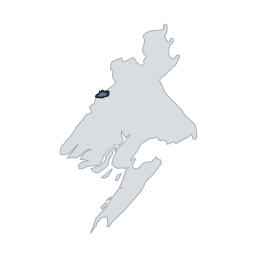 Meherpur, Khulna, Bangladesh shown in context, rotated 47°
{"feature_id": "16705992B11914188004823", "entity_name": "Meherpur", "entity_type": "district", "adm_level": 2, "iso_a3": "BGD", "parent_name": "Bangladesh", "parent_adm1": "Khulna", "projection": "equal_earth", "projection_center": [88.762, 23.788], "detail": "medium", "context": "in_parent", "style": "filled", "palette": "slate", "viewbox_px": 256, "rotation_deg": 47, "n_neighbors": 0, "source": "geoboundaries", "source_scale": "gbopen_adm2", "svg_char_len": 5056}
<svg xmlns="http://www.w3.org/2000/svg" viewBox="0 0 256 256"><g transform="rotate(47 128 128)"><path d="M95.0,181.9L95.0,175.6L91.7,163.4L91.8,162.0L91.1,156.1L90.3,152.8L89.9,149.3L91.9,144.3L91.1,143.5L86.7,142.0L86.1,140.7L87.1,135.8L83.9,131.1L82.6,127.6L86.0,116.4L86.9,108.6L86.6,107.1L84.6,105.4L80.9,104.7L78.3,103.2L76.8,101.0L75.5,100.1L73.9,100.8L71.9,99.9L70.2,97.7L68.8,95.1L69.4,92.2L72.1,85.3L73.1,85.1L75.4,86.4L76.2,86.4L77.7,83.7L79.9,76.0L87.2,76.7L89.0,76.4L90.9,75.8L91.9,74.8L92.4,73.6L92.2,72.5L90.0,71.1L89.1,70.0L88.5,66.9L87.8,65.8L83.3,65.6L81.0,64.2L79.8,62.9L77.5,58.7L74.7,55.6L72.1,54.9L71.0,53.9L70.5,52.3L70.8,50.0L72.2,45.5L79.5,36.0L79.7,34.9L79.4,33.7L77.2,32.2L77.1,31.4L77.7,29.4L78.9,29.2L81.5,31.0L84.0,33.9L85.6,36.5L85.6,38.6L87.6,39.0L89.3,40.0L91.0,39.7L92.1,40.2L92.9,40.0L93.2,38.8L91.7,35.8L92.4,34.5L94.1,34.6L95.3,35.7L96.2,38.1L96.4,41.6L98.4,44.9L101.0,47.2L103.0,48.3L105.5,49.0L107.6,48.3L108.6,46.0L108.1,44.0L108.4,42.2L109.3,41.2L110.6,41.3L111.6,42.7L114.5,50.5L113.9,53.9L114.6,63.4L113.9,69.7L114.3,72.0L114.8,72.5L119.1,73.6L125.4,76.1L130.2,77.1L151.9,76.4L156.6,77.6L171.1,76.7L175.0,78.6L179.3,81.9L181.8,84.3L182.2,85.7L182.0,86.9L181.2,87.5L179.7,87.6L176.3,86.0L175.7,86.5L175.7,90.2L173.0,99.7L172.6,102.6L171.7,103.7L168.8,104.3L167.0,109.8L166.2,110.5L164.3,109.3L163.1,109.5L161.7,110.0L160.2,111.3L159.2,112.9L158.1,113.4L154.0,113.3L153.2,115.9L150.6,119.2L148.8,128.1L149.0,130.8L151.3,137.9L152.9,147.2L153.5,148.1L154.3,148.2L154.3,143.9L155.0,143.4L156.0,143.9L157.9,149.6L159.0,151.0L160.7,151.4L162.6,150.6L164.1,148.9L164.6,147.1L164.1,140.9L165.0,138.4L168.3,134.6L168.7,133.4L168.5,127.2L169.7,127.0L171.4,127.5L173.5,126.0L174.1,126.0L175.0,127.6L176.5,127.3L178.9,139.6L179.2,148.3L179.7,153.2L180.5,154.3L183.1,161.5L185.7,187.2L186.1,203.5L187.2,209.0L186.4,210.3L185.6,210.5L184.8,208.5L179.4,204.4L178.1,204.8L176.3,207.2L175.5,209.5L175.9,212.6L176.5,215.7L177.8,217.5L177.9,219.4L179.4,226.8L179.0,226.8L176.0,220.1L172.4,213.6L171.1,201.8L171.0,196.0L168.5,189.1L166.2,177.2L167.1,173.0L165.4,174.9L162.7,167.7L158.5,160.8L157.3,157.7L157.2,154.7L155.4,157.7L153.0,159.8L150.5,163.0L148.8,164.0L143.6,164.6L140.5,160.3L136.1,149.9L135.5,147.5L136.0,141.4L135.0,135.6L134.6,130.5L133.9,130.9L133.6,132.3L133.7,134.5L133.4,136.3L126.1,135.1L129.3,138.2L132.6,138.9L134.4,141.6L134.5,146.1L131.2,148.9L131.5,151.2L133.4,154.0L131.1,154.8L130.5,156.6L130.5,159.2L132.1,163.3L131.8,164.9L134.6,170.1L135.2,172.6L134.5,176.2L128.5,183.4L126.8,188.6L125.3,191.0L123.5,191.4L121.2,189.0L121.2,186.5L121.6,184.5L124.8,179.7L123.1,180.4L118.2,184.3L117.3,181.1L116.7,178.1L116.6,174.5L119.0,169.1L116.3,171.8L115.6,175.2L115.9,179.1L115.6,182.0L114.6,185.7L113.2,187.9L110.9,189.3L109.9,191.5L108.3,193.1L107.8,185.7L106.1,175.6L105.8,177.8L106.6,184.0L106.6,188.0L105.3,191.3L102.8,194.7L100.9,195.2L99.8,194.7L96.1,189.5L95.8,184.6L95.0,181.9ZM139.3,182.0L134.9,183.2L132.6,182.9L136.8,173.8L136.6,169.8L136.0,166.5L133.8,163.9L133.7,162.0L132.7,159.4L132.2,156.4L134.6,155.4L136.5,157.1L137.2,160.6L138.2,163.1L141.6,168.4L141.6,171.7L140.7,179.6L139.3,182.0ZM148.9,179.1L146.2,181.5L147.0,167.2L149.1,172.5L149.6,175.4L148.9,179.1ZM159.3,171.9L158.1,173.0L157.0,172.1L155.5,168.7L156.2,164.5L156.6,163.9L158.4,168.2L159.3,171.9ZM169.6,202.1L168.0,202.2L167.2,201.2L167.6,199.8L167.1,195.1L169.1,194.7L169.9,198.5L169.6,202.1ZM167.7,189.1L166.6,193.7L166.2,191.6L166.9,187.6L167.7,189.1ZM135.7,152.0L136.2,153.5L133.7,151.6L133.0,150.2L134.1,149.5L135.7,152.0Z" fill="#d9dde1" stroke="#a8b0b8" stroke-width="1"/><path d="M90.1,122.2L90.2,121.5L90.7,121.1L90.7,120.8L90.4,120.6L89.9,120.9L89.5,120.6L90.2,120.5L90.4,120.3L90.5,120.1L90.5,119.6L90.2,119.2L89.7,118.6L89.3,118.6L89.1,118.9L88.9,118.9L88.8,117.6L88.6,117.3L88.3,117.3L88.2,117.5L88.0,118.3L87.8,118.1L87.7,117.6L86.9,117.8L86.9,118.0L87.1,118.2L87.0,118.4L87.1,118.9L86.9,118.8L87.0,118.9L86.9,119.1L86.9,119.5L86.7,119.5L86.6,119.4L86.4,119.4L86.4,119.5L86.2,119.4L86.0,119.5L86.1,119.9L85.7,119.9L85.6,120.3L85.1,120.5L85.2,121.0L85.0,120.9L84.9,121.0L84.4,120.9L84.1,121.1L84.1,120.8L84.0,120.7L83.7,120.8L83.7,121.2L83.1,121.0L82.9,121.2L82.9,121.6L83.1,121.5L83.3,121.5L83.2,121.8L83.2,122.3L83.5,122.6L83.5,122.8L83.3,123.0L83.2,122.9L83.4,123.2L83.3,123.4L83.0,123.4L83.0,123.6L82.9,123.8L82.4,123.8L82.5,123.9L82.4,124.0L82.6,124.1L83.0,124.3L83.0,124.8L82.7,125.2L82.8,125.1L82.8,125.4L82.8,125.6L82.9,125.4L82.9,125.6L82.7,125.8L82.7,126.3L82.7,127.2L82.8,127.3L82.8,127.5L82.8,127.9L82.7,127.9L82.7,128.1L82.4,128.5L82.5,128.6L82.5,128.9L83.3,128.8L83.3,129.6L83.1,129.6L83.0,130.1L83.4,130.1L83.6,129.8L83.7,130.0L84.0,130.1L84.2,129.9L84.4,129.9L84.4,129.7L84.7,129.4L84.6,129.1L84.7,128.9L84.8,128.7L85.2,128.6L85.3,128.5L85.5,128.5L85.7,128.1L85.9,128.3L86.0,127.9L87.0,127.3L87.2,126.9L87.9,126.8L88.2,126.2L88.0,125.6L88.2,125.3L88.3,124.5L88.4,124.3L88.5,124.4L88.9,124.2L89.0,124.3L89.4,122.9L89.7,122.6L89.8,122.3L90.1,122.2Z" fill="#64748b" stroke="#1e293b" stroke-width="1.5"/></g></svg>